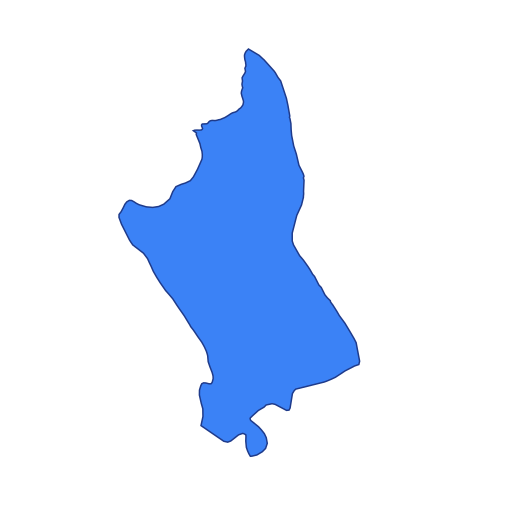 El Tumbador, San Marcos, Guatemala, rotated 297°
{"feature_id": "79465075B55604290540821", "entity_name": "El Tumbador", "entity_type": "district", "adm_level": 2, "iso_a3": "GTM", "parent_name": "Guatemala", "parent_adm1": "San Marcos", "projection": "natural_earth1", "projection_center": [-91.93, 14.845], "detail": "fine", "context": "isolated", "style": "filled", "palette": "blue", "viewbox_px": 512, "rotation_deg": 297, "n_neighbors": 0, "source": "geoboundaries", "source_scale": "gbopen_adm2", "svg_char_len": 3411}
<svg xmlns="http://www.w3.org/2000/svg" viewBox="0 0 512 512"><g transform="rotate(297 256 256)"><path d="M75.0,341.9L75.8,343.2L79.1,347.1L84.5,350.5L88.9,351.9L94.2,351.1L98.8,347.6L101.5,344.1L103.4,340.0L105.0,335.8L107.1,325.9L107.7,325.2L108.7,324.4L109.6,324.5L110.4,324.9L112.0,325.4L119.4,328.2L125.0,331.8L127.9,332.7L131.7,337.4L132.5,340.4L132.3,353.3L133.7,355.4L136.0,355.4L150.0,350.9L153.6,351.2L155.5,351.9L174.6,373.9L176.5,375.7L180.4,379.0L184.0,381.8L194.2,387.6L202.7,393.7L206.0,396.9L209.3,396.1L219.5,388.2L224.2,384.6L226.9,380.9L231.9,373.1L232.7,371.8L236.5,365.7L240.7,357.3L243.3,353.3L247.2,346.7L248.8,343.4L249.9,342.5L251.1,338.6L252.7,335.0L257.6,328.4L258.7,325.2L264.4,317.4L265.4,314.8L268.3,310.4L270.2,307.1L273.8,300.2L276.1,294.7L282.9,284.4L285.8,281.5L292.8,277.9L306.6,274.8L310.7,273.9L322.1,273.4L329.8,271.6L330.8,271.1L332.9,270.3L334.0,269.7L335.0,269.1L345.3,264.4L347.1,262.8L348.9,262.5L350.7,260.7L352.1,258.9L356.3,253.1L365.2,245.6L371.1,239.7L376.2,235.7L379.5,233.1L384.6,229.9L389.8,227.0L393.8,223.9L394.8,222.8L396.0,222.6L404.5,216.2L410.3,211.5L423.2,198.5L425.1,194.5L428.0,190.1L429.0,188.2L434.5,173.9L434.7,173.0L436.2,167.8L437.0,155.3L435.8,154.9L434.8,154.6L434.0,154.3L432.4,154.2L431.1,154.3L430.3,154.4L429.2,154.8L427.4,155.9L426.7,156.4L425.7,157.1L424.9,157.9L424.0,158.7L422.8,159.4L422.1,160.0L420.5,160.8L419.3,160.8L418.2,160.9L417.2,161.7L415.6,162.9L414.4,163.0L413.5,163.0L411.3,162.8L410.3,162.7L408.5,162.7L407.4,163.4L406.0,164.4L405.1,164.8L403.9,165.1L402.7,165.5L401.7,166.2L400.7,167.0L399.9,167.8L397.3,168.1L395.6,168.5L394.3,169.0L393.0,170.1L391.7,171.2L390.8,172.2L390.0,172.9L388.7,174.2L388.0,174.7L387.2,175.1L386.0,175.4L385.1,175.7L384.3,175.7L382.6,175.5L380.9,175.1L379.3,174.2L377.6,173.7L376.1,173.1L374.9,172.2L373.9,171.1L372.7,169.9L371.2,168.9L368.3,167.3L365.1,165.3L362.9,163.4L361.5,162.3L360.3,160.7L359.4,159.8L358.5,158.7L357.9,157.7L357.4,156.5L357.0,155.6L356.2,154.4L355.3,153.6L354.5,153.2L353.0,152.9L352.1,152.6L351.4,152.0L350.8,151.0L350.3,150.1L349.8,149.2L349.2,148.2L348.1,148.0L347.1,148.5L346.2,149.6L345.4,150.5L344.5,150.6L343.5,150.1L342.6,148.7L342.1,147.7L341.4,146.2L340.3,144.3L339.2,143.3L338.6,147.1L337.1,147.6L330.7,155.0L327.4,157.7L324.8,160.3L322.2,162.0L319.8,163.2L317.7,163.9L312.4,164.2L306.8,164.5L301.5,164.4L297.9,164.3L293.3,163.3L288.9,159.9L286.0,156.9L281.5,153.2L275.6,152.6L267.9,153.3L260.3,150.3L255.9,146.8L252.4,141.9L250.0,136.0L248.6,128.6L248.6,127.4L248.6,125.4L248.9,122.9L249.0,120.0L248.1,117.9L245.6,116.3L242.6,115.7L238.7,115.8L234.2,115.7L230.9,115.1L228.2,116.4L226.9,117.8L223.3,121.7L212.9,135.9L211.6,138.1L209.9,141.2L207.4,154.5L204.4,160.6L201.9,163.7L199.3,167.1L195.7,171.5L192.1,177.0L188.6,182.9L186.1,187.6L184.2,191.1L182.4,195.7L180.1,201.2L176.5,207.4L174.3,211.4L170.1,219.3L166.0,225.9L164.7,228.1L163.4,229.9L161.6,233.8L157.5,241.2L154.6,246.8L151.5,251.4L148.6,255.0L146.8,256.8L145.1,258.3L140.1,261.4L136.5,265.1L132.2,269.9L129.6,272.2L127.3,273.5L123.7,274.3L122.0,274.1L121.2,273.1L120.7,271.7L120.1,269.0L119.2,266.9L117.6,265.7L115.4,265.7L110.9,266.5L106.4,268.7L99.9,274.1L95.7,278.0L88.9,281.6L79.9,284.0L76.3,311.4L77.3,315.3L79.7,317.5L88.8,321.7L91.9,324.7L92.2,326.4L92.0,328.2L90.4,329.1L86.5,330.9L81.1,334.3L78.6,336.9L76.6,339.4L75.0,341.9Z" fill="#3b82f6" stroke="#1e3a8a" stroke-width="1.5"/></g></svg>